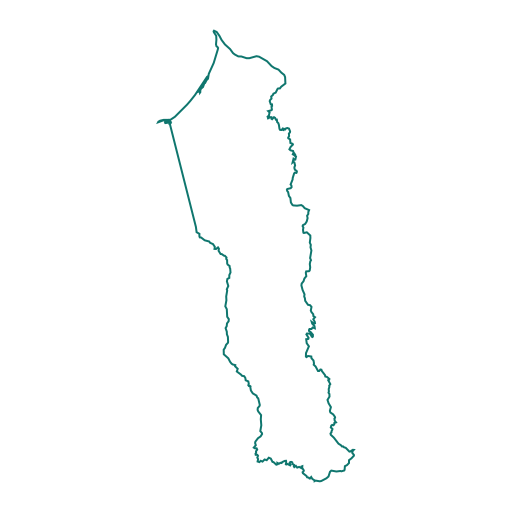 outline of Zarumilla, Tumbes, Peru
{"feature_id": "86281439B62474480123859", "entity_name": "Zarumilla", "entity_type": "district", "adm_level": 2, "iso_a3": "PER", "parent_name": "Peru", "parent_adm1": "Tumbes", "projection": "robinson", "projection_center": [-80.243, -3.654], "detail": "fine", "context": "isolated", "style": "outline", "palette": "teal", "viewbox_px": 512, "rotation_deg": 0, "n_neighbors": 0, "source": "geoboundaries", "source_scale": "gbopen_adm2", "svg_char_len": 6064}
<svg xmlns="http://www.w3.org/2000/svg" viewBox="0 0 512 512"><path d="M314.6,481.1L315.6,480.6L319.8,481.3L321.3,481.0L326.4,478.3L328.5,476.5L330.0,471.8L331.3,470.6L336.4,471.5L340.3,471.0L341.4,471.3L344.2,470.5L344.6,469.8L344.9,466.2L347.0,465.1L349.0,463.0L349.0,460.2L351.4,458.4L353.9,455.7L353.9,454.9L352.2,452.8L352.6,451.1L353.7,449.9L352.8,449.8L350.1,451.6L349.4,451.6L345.7,447.8L344.0,447.3L343.1,446.4L342.0,446.5L340.9,445.2L338.5,443.7L333.8,437.6L330.8,434.8L330.5,433.5L331.5,432.3L331.5,431.3L332.4,429.5L332.4,428.8L330.8,427.5L331.3,425.6L332.2,424.9L333.2,425.3L334.2,424.5L334.3,423.0L336.0,422.4L334.7,420.7L334.4,418.6L335.1,417.7L334.9,416.8L333.2,414.4L330.4,412.5L330.0,411.5L329.9,410.7L330.9,407.1L328.6,403.3L327.5,399.9L329.5,396.6L329.4,394.0L328.5,392.7L328.9,391.4L328.7,389.1L329.4,386.8L329.2,385.7L330.3,384.1L328.2,380.2L329.2,379.7L329.4,379.0L326.9,376.9L325.3,376.5L325.0,375.1L321.9,371.1L321.4,369.7L320.4,369.5L319.2,371.0L318.0,371.0L315.6,366.5L313.7,364.7L314.0,363.3L313.5,360.5L311.5,358.3L311.3,356.5L308.0,356.0L306.5,357.1L305.9,356.6L306.0,353.1L308.9,346.3L306.7,343.2L306.2,339.2L308.3,338.9L308.6,337.9L306.4,334.4L307.0,333.5L309.5,333.6L310.4,334.2L311.8,336.7L312.5,337.0L312.9,336.4L312.9,334.7L310.7,332.1L309.0,330.9L309.0,330.0L309.5,329.0L311.5,329.0L312.7,327.5L314.8,328.3L314.5,326.1L312.2,323.6L311.7,321.9L314.1,323.7L315.0,323.3L314.8,321.9L313.3,319.2L315.0,317.2L313.4,316.1L313.2,314.2L311.4,312.0L310.8,310.5L311.5,306.9L310.1,305.2L308.0,304.8L305.2,300.8L304.9,298.2L304.2,296.5L304.5,294.3L302.6,290.0L301.4,285.4L301.7,283.5L303.5,281.3L304.4,278.5L306.3,276.2L305.8,272.7L306.2,271.4L309.0,271.2L309.7,270.5L310.2,267.4L309.8,264.0L310.3,261.4L311.0,260.2L310.1,258.1L311.4,250.5L310.5,247.3L310.8,244.9L309.8,242.6L310.4,238.0L310.3,235.5L306.8,232.3L303.9,233.0L303.4,232.7L303.0,229.8L303.4,227.6L302.6,226.1L302.9,225.2L305.2,223.9L306.7,221.5L307.6,218.1L307.1,215.8L308.3,213.9L308.3,212.0L309.1,210.1L304.7,208.2L302.9,206.1L301.3,205.1L297.0,205.7L293.2,205.4L292.4,204.9L290.9,202.5L290.4,198.0L288.9,195.9L288.1,192.0L287.3,191.1L286.9,189.8L287.3,189.0L290.7,188.2L291.6,187.1L291.4,185.5L290.6,184.5L292.6,179.5L292.7,178.0L294.1,173.5L294.7,172.7L296.4,172.9L296.9,171.8L296.6,170.9L295.1,169.9L294.5,168.7L294.4,167.2L295.1,165.5L294.4,162.5L293.5,161.8L292.6,162.5L293.5,158.8L294.6,159.8L295.3,159.6L296.0,156.5L295.0,155.9L295.3,155.0L294.7,154.0L294.0,155.0L292.8,154.3L293.6,152.6L293.1,151.0L290.5,150.3L289.4,149.3L290.7,146.8L292.9,144.6L292.6,143.8L290.4,143.0L290.1,139.4L288.3,138.3L288.2,137.6L289.1,136.1L288.9,133.5L289.9,132.5L290.1,131.4L289.0,128.6L287.3,128.0L285.8,128.5L285.2,129.4L284.2,128.9L283.6,130.1L283.0,129.9L282.6,128.8L281.5,130.0L280.1,129.9L279.5,128.9L278.9,124.9L278.3,123.1L277.2,122.1L276.8,119.6L275.9,119.7L275.1,117.9L274.0,117.2L272.1,119.2L271.4,118.7L271.4,117.2L269.9,117.3L269.4,116.6L268.7,118.2L268.1,118.3L268.2,117.5L267.6,116.8L268.9,115.4L269.6,112.5L268.2,111.1L271.5,110.2L271.9,109.7L271.5,106.7L272.1,106.0L272.0,104.4L270.8,104.4L269.7,101.1L270.2,99.9L271.5,98.6L271.2,96.5L272.9,95.0L273.4,93.7L275.7,92.6L277.5,89.0L278.0,88.5L279.9,88.4L281.2,86.7L285.4,83.5L285.1,77.1L284.2,74.9L281.3,72.6L278.5,69.6L274.4,68.0L271.6,66.1L267.0,61.2L259.1,56.7L256.5,56.2L249.3,58.2L246.6,58.2L241.4,56.5L238.3,56.4L234.8,54.5L233.0,53.1L230.1,49.1L224.9,44.4L221.6,40.0L219.4,35.8L216.7,32.0L214.0,30.7L213.6,31.3L213.9,32.3L216.2,35.8L216.4,39.8L216.0,44.4L216.5,46.3L217.5,47.0L218.1,48.0L217.8,49.5L213.7,63.0L208.8,73.8L208.0,78.7L206.5,80.2L205.1,83.0L204.3,83.4L203.0,87.0L200.9,88.8L200.3,90.4L200.3,92.2L200.0,92.6L199.9,91.0L198.6,91.6L198.6,91.2L201.1,87.4L201.9,87.2L202.9,86.0L203.7,83.5L207.8,77.9L208.3,75.9L207.0,76.9L195.0,95.0L190.4,100.8L187.0,104.7L174.9,116.8L170.4,119.8L163.5,119.9L160.1,120.7L158.4,121.7L158.1,122.3L163.8,120.2L167.1,120.9L165.0,122.2L165.3,123.0L165.9,123.0L167.7,121.6L168.2,121.6L167.2,122.8L168.5,122.6L169.3,123.3L169.1,122.3L170.2,121.5L170.6,121.8L170.2,122.8L171.4,122.1L169.9,124.1L195.9,226.9L196.6,232.2L199.4,233.8L199.4,236.3L199.8,237.4L201.1,237.5L204.7,240.3L209.2,241.5L210.1,242.8L213.0,244.1L214.8,246.8L214.5,248.9L216.0,249.0L218.0,247.4L218.9,248.7L218.6,250.8L220.6,254.0L221.8,254.1L224.0,255.7L224.9,255.8L226.5,257.5L226.2,258.9L227.1,260.1L227.2,263.6L227.7,264.6L229.6,266.0L229.7,267.6L230.2,268.7L230.5,272.5L229.3,275.1L229.3,277.9L227.4,278.9L226.9,281.4L228.3,286.0L226.8,289.3L227.2,290.5L226.2,296.5L226.4,300.3L225.3,306.3L226.8,309.2L227.2,316.8L228.8,319.1L228.6,321.3L227.0,323.4L226.7,326.2L225.6,328.1L226.8,331.7L226.9,334.3L227.9,336.9L228.1,341.8L228.0,342.7L226.1,344.8L225.0,347.8L223.7,349.7L223.8,354.3L228.3,358.3L230.1,361.8L231.6,363.7L232.8,364.5L235.3,365.1L235.1,366.3L237.7,368.8L236.8,371.5L241.0,374.6L242.0,375.8L244.2,376.2L245.3,377.9L245.7,380.3L248.3,381.4L248.8,383.9L248.3,385.2L248.9,386.0L249.9,385.9L250.5,386.4L250.3,387.1L250.9,390.5L252.8,393.4L256.5,395.6L257.2,397.5L258.2,398.3L259.8,405.0L259.5,406.0L257.8,408.0L257.6,409.9L258.2,411.4L261.1,415.1L260.8,419.3L261.3,425.3L260.3,431.1L261.9,433.0L262.1,434.0L260.6,436.4L258.0,438.2L255.4,441.6L255.1,443.0L255.8,445.2L253.8,447.6L254.9,448.3L256.6,448.3L257.2,449.6L256.0,451.3L256.1,452.8L255.5,453.7L255.7,454.8L257.3,454.8L258.0,455.8L257.3,457.6L258.1,459.1L257.6,461.5L259.4,462.1L260.7,460.8L262.5,461.6L264.6,459.5L266.7,460.2L268.8,457.7L270.8,458.6L272.5,461.9L273.5,462.1L276.3,464.7L277.5,464.3L277.4,462.9L279.0,463.7L280.4,462.8L281.6,463.0L282.2,462.1L284.8,460.9L286.0,460.8L286.2,462.6L285.8,464.2L286.2,464.5L287.5,464.0L290.2,465.4L290.6,464.7L289.6,463.0L290.3,462.0L291.3,461.9L292.2,462.3L292.7,464.1L294.1,464.9L293.8,466.3L294.3,467.1L295.9,465.9L297.2,467.6L299.1,466.9L301.4,468.1L301.5,466.5L302.3,466.2L302.2,467.9L303.8,470.4L303.5,471.4L302.6,472.2L302.9,473.2L306.5,476.0L307.1,477.3L308.6,477.6L309.5,478.5L309.9,478.6L311.2,477.0L312.3,478.9L314.6,480.4L314.6,481.1Z" fill="none" stroke="#0f766e" stroke-width="2"/></svg>